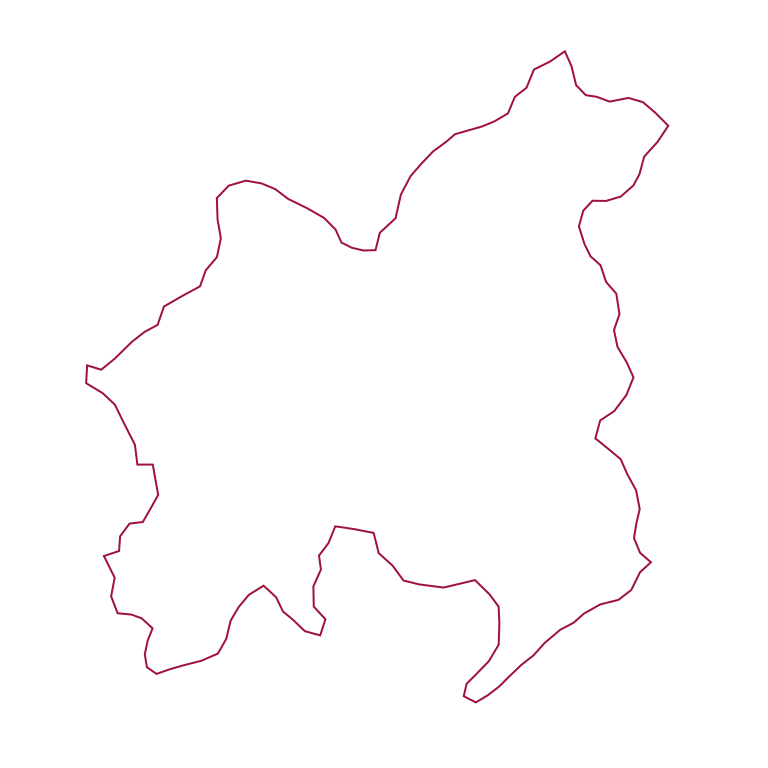 the district of Coronel Xavier Chaves, Minas Gerais, Brazil, rotated 357°
{"feature_id": "56859067B25773134342580", "entity_name": "Coronel Xavier Chaves", "entity_type": "district", "adm_level": 2, "iso_a3": "BRA", "parent_name": "Brazil", "parent_adm1": "Minas Gerais", "projection": "natural_earth1", "projection_center": [-44.197, -21.023], "detail": "fine", "context": "isolated", "style": "outline", "palette": "rose", "viewbox_px": 768, "rotation_deg": 357, "n_neighbors": 0, "source": "geoboundaries", "source_scale": "gbopen_adm2", "svg_char_len": 2101}
<svg xmlns="http://www.w3.org/2000/svg" viewBox="0 0 768 768"><g transform="rotate(357 384 384)"><path d="M633.5,390.4L627.4,374.9L619.1,359.1L616.5,342.2L622.8,326.6L620.7,305.9L611.1,293.7L606.5,276.8L596.9,267.3L591.5,254.6L586.9,236.9L592.0,221.4L601.8,211.9L615.3,212.8L630.3,209.2L643.6,198.6L650.1,187.8L655.7,170.6L669.9,156.5L681.4,141.0L669.2,127.4L657.3,116.1L643.1,111.1L624.0,113.8L611.4,108.3L600.6,106.1L591.5,95.6L587.8,76.2L582.0,61.2L566.8,70.6L550.2,77.8L541.8,95.6L529.7,104.1L522.0,120.2L508.2,127.4L495.6,131.9L481.2,135.2L468.1,138.2L459.0,145.2L445.2,154.3L432.9,165.9L421.4,177.8L410.7,195.9L404.2,219.1L387.8,232.7L382.5,249.9L370.6,249.6L359.1,246.3L348.9,240.5L343.7,227.2L332.8,215.0L316.0,204.2L298.0,194.2L285.6,183.7L272.3,177.3L256.7,173.7L239.4,177.8L226.8,189.5L226.4,210.8L228.7,229.9L223.8,248.5L211.9,261.2L205.4,276.8L187.4,285.4L168.3,295.1L161.0,313.1L147.7,319.4L134.5,328.6L116.7,344.4L102.3,354.9L88.5,349.9L86.6,367.6L102.7,378.5L114.2,390.6L122.6,410.3L132.1,431.7L133.5,451.6L148.9,452.4L150.8,468.0L152.7,482.9L144.7,495.7L135.9,509.2L122.6,510.1L112.5,522.3L110.7,536.9L95.3,541.1L104.9,563.3L100.4,581.8L106.0,599.0L119.6,601.0L129.8,605.4L140.1,615.9L134.5,628.1L131.0,641.4L132.4,654.4L141.7,661.6L154.6,657.8L169.2,654.4L187.2,650.8L204.0,644.5L213.1,630.3L218.5,612.3L227.3,599.0L238.1,587.4L253.2,579.1L265.1,591.3L271.2,605.9L281.2,615.1L292.0,626.7L307.1,631.7L313.2,615.9L302.2,602.6L302.9,582.4L311.3,566.0L310.1,551.9L320.2,540.0L327.9,523.6L345.8,527.2L365.9,532.2L369.9,552.7L383.2,566.0L393.2,581.3L408.8,586.0L432.9,590.4L449.4,587.4L464.6,584.6L478.4,599.6L486.8,612.3L486.7,628.7L484.9,650.3L474.2,666.3L460.4,679.1L450.8,687.7L447.3,699.9L459.0,706.8L471.1,700.4L483.2,692.1L493.3,683.0L506.6,671.6L519.2,662.7L531.1,650.8L547.2,638.6L560.9,632.3L571.7,623.7L588.5,615.4L606.9,611.8L620.2,602.6L629.8,585.4L641.2,576.0L630.9,566.0L625.6,551.1L628.6,536.9L632.8,522.3L630.2,503.4L622.1,486.5L616.5,471.6L604.8,460.7L592.2,449.4L598.0,431.7L612.5,423.1L625.6,407.5L633.5,390.4Z" fill="none" stroke="#9f1239" stroke-width="2"/></g></svg>